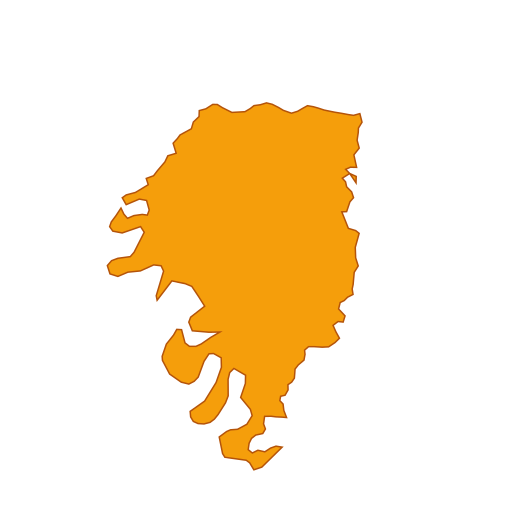 Vitória das Missões, Rio Grande do Sul, Brazil (Robinson projection), rotated 219°
{"feature_id": "56859067B15655627874316", "entity_name": "Vitória das Missões", "entity_type": "district", "adm_level": 2, "iso_a3": "BRA", "parent_name": "Brazil", "parent_adm1": "Rio Grande do Sul", "projection": "robinson", "projection_center": [-54.476, -28.38], "detail": "fine", "context": "isolated", "style": "filled", "palette": "amber", "viewbox_px": 512, "rotation_deg": 219, "n_neighbors": 0, "source": "geoboundaries", "source_scale": "gbopen_adm2", "svg_char_len": 2775}
<svg xmlns="http://www.w3.org/2000/svg" viewBox="0 0 512 512"><g transform="rotate(219 256 256)"><path d="M142.4,231.1L140.1,238.5L139.4,244.6L146.3,247.4L152.5,250.6L151.0,256.7L146.7,259.5L149.1,265.5L158.5,266.8L161.3,272.8L159.4,276.9L158.9,281.6L156.4,287.2L160.5,290.9L162.6,295.0L169.4,305.1L170.3,312.6L177.4,317.3L184.3,325.2L186.6,330.5L190.1,338.5L194.5,338.5L201.6,335.6L217.1,344.3L213.5,347.5L217.1,357.2L216.9,362.7L222.0,366.0L229.1,366.8L233.1,370.0L237.9,370.8L235.1,379.1L240.9,379.8L238.5,384.4L233.6,388.2L243.6,396.2L243.7,404.8L250.3,409.6L254.3,416.4L256.9,419.9L257.8,426.7L264.9,432.0L268.7,426.7L272.9,424.2L279.7,420.5L285.3,417.3L289.3,415.2L294.9,412.3L300.7,410.1L305.4,408.1L310.6,405.2L312.7,400.0L314.7,394.7L318.3,389.3L326.4,386.4L332.0,385.6L338.9,384.1L344.2,381.6L347.8,376.3L352.2,371.6L353.3,366.8L355.4,361.2L365.1,352.4L375.6,350.1L381.4,349.4L385.0,346.6L387.6,338.8L391.6,333.3L388.0,328.5L389.0,320.7L386.3,314.2L391.2,302.3L391.0,297.7L391.4,291.5L382.7,285.6L387.6,278.4L386.0,271.8L386.3,260.4L386.1,253.9L390.1,247.2L384.6,243.6L389.7,229.5L395.3,221.8L396.6,217.1L389.2,214.2L382.5,226.8L376.0,230.3L367.9,224.5L366.2,219.4L370.6,216.7L376.3,210.6L379.6,204.4L385.1,205.4L391.1,208.3L390.2,199.1L389.9,191.4L388.2,186.7L382.9,185.2L374.5,189.7L364.2,206.2L357.8,204.1L353.1,182.2L353.3,176.4L361.9,167.3L365.3,161.5L365.5,155.0L358.2,150.2L350.5,153.2L345.4,162.8L336.5,171.6L329.9,184.7L323.6,188.7L318.3,186.1L308.5,162.3L305.0,159.4L305.7,183.7L293.5,190.0L286.8,192.0L275.2,188.4L264.3,184.7L268.3,167.3L266.6,162.3L258.4,157.8L244.7,167.1L236.2,174.2L240.0,164.1L243.2,153.2L245.8,148.0L250.9,143.9L256.5,143.8L267.5,151.9L271.4,149.1L270.3,142.7L270.2,131.1L265.8,119.0L263.0,116.0L248.8,109.9L234.7,110.9L227.6,114.2L225.2,119.7L224.7,125.5L230.1,141.4L231.0,150.4L227.6,153.5L219.0,155.0L212.8,147.7L207.4,132.6L204.6,110.9L209.4,93.8L205.5,89.8L200.6,88.0L195.6,89.3L190.7,92.8L187.0,97.8L185.7,103.0L185.7,108.9L187.3,122.7L189.6,129.8L200.1,142.6L203.1,148.9L202.4,154.7L189.1,156.8L184.0,150.2L178.9,136.4L163.9,133.3L158.5,129.5L157.2,119.5L161.3,109.7L166.4,104.9L168.4,101.1L170.7,92.2L157.6,81.4L153.5,80.0L135.1,91.1L130.8,91.3L123.1,88.5L118.6,95.6L115.4,123.9L120.8,120.8L123.8,115.9L125.9,109.4L132.3,106.2L134.9,100.6L140.2,100.6L143.5,106.1L144.7,111.4L143.5,116.7L139.0,122.3L139.8,127.5L144.5,130.3L148.4,136.8L143.5,140.9L139.2,143.6L134.3,147.2L130.6,149.7L137.2,153.5L141.8,158.0L146.5,158.6L148.6,162.5L145.8,166.1L146.8,172.1L150.2,176.1L148.9,180.4L149.3,185.2L151.7,188.7L154.5,192.7L154.6,198.0L153.2,205.3L156.0,210.4L159.0,213.4L158.1,218.6L153.4,222.4L147.2,226.8L142.4,231.1ZM235.1,379.1L224.3,375.8L228.2,380.9L235.1,379.1Z" fill="#f59e0b" stroke="#b45309" stroke-width="1.5"/></g></svg>